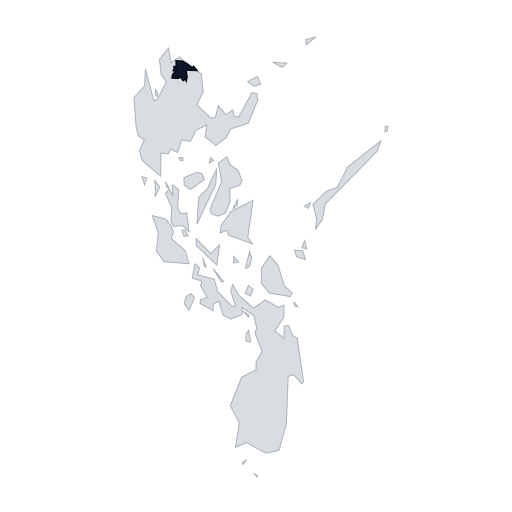 Philippines, with South Cotabato highlighted, rotated 182°
{"feature_id": "PHL-2599", "entity_name": "South Cotabato", "entity_type": "Province", "adm_level": 1, "iso_a3": "PHL", "parent_name": "Philippines", "parent_adm1": "", "projection": "natural_earth1", "projection_center": [124.747, 6.32], "detail": "fine", "context": "in_parent", "style": "filled", "palette": "ink", "viewbox_px": 512, "rotation_deg": 182, "n_neighbors": 0, "source": "natural_earth", "source_scale": "10m", "svg_char_len": 4610}
<svg xmlns="http://www.w3.org/2000/svg" viewBox="0 0 512 512"><g transform="rotate(182 256 256)"><path d="M239.4,59.3L258.8,69.2L269.8,64.1L266.8,88.7L276.4,105.3L266.2,134.4L252.0,142.1L252.2,150.3L246.5,160.9L254.4,179.0L252.7,183.9L256.3,196.6L268.0,203.9L267.7,197.2L279.0,192.0L287.0,196.0L291.4,209.5L296.6,206.8L297.2,199.9L310.3,206.8L310.0,210.4L303.2,212.7L310.3,224.3L309.4,229.2L318.9,231.5L316.7,246.0L311.9,242.2L313.7,235.2L296.9,231.3L293.0,219.0L278.1,204.6L274.7,205.3L280.0,220.4L278.2,226.7L272.3,216.6L256.5,203.7L245.1,212.6L231.8,205.3L226.4,207.8L226.0,196.0L234.6,181.9L225.2,174.6L225.3,186.9L221.3,187.8L216.4,177.3L212.0,175.5L204.1,132.2L205.7,130.0L214.2,138.6L219.7,136.7L219.8,89.5L226.2,62.6L239.4,59.3ZM354.0,332.6L373.1,347.4L376.1,357.4L371.7,368.4L377.7,371.8L380.2,380.5L383.5,409.9L373.2,422.1L373.1,438.8L363.4,407.3L359.8,409.4L351.6,427.1L357.1,434.0L359.3,449.0L350.7,460.7L347.7,446.2L339.6,452.2L317.0,435.9L314.6,417.7L320.5,405.3L306.1,392.3L301.5,392.7L298.8,405.0L291.0,396.0L284.3,401.2L282.9,395.3L278.3,394.0L265.7,419.1L260.9,418.5L259.9,411.4L268.4,388.4L286.1,381.9L289.8,373.4L300.0,365.1L311.0,373.4L309.7,385.2L320.2,379.7L325.7,368.3L334.4,369.4L338.0,356.8L345.2,360.0L347.1,355.1L354.7,355.5L354.0,332.6ZM297.0,347.5L288.4,354.1L285.0,346.1L276.9,341.1L272.6,330.6L274.6,326.3L284.7,322.4L283.7,309.6L288.1,297.8L295.4,294.5L302.1,296.7L303.6,301.1L292.8,329.3L297.0,347.5ZM347.8,247.2L355.6,257.6L354.5,276.0L361.0,292.8L347.7,289.8L342.4,283.8L339.3,277.1L341.4,270.7L326.8,258.8L322.9,245.9L347.8,247.2ZM260.0,268.0L284.3,275.9L285.8,280.7L292.8,277.8L291.8,285.5L282.5,299.7L260.9,311.4L264.9,274.5L260.0,268.0ZM167.6,348.0L135.2,375.4L138.7,364.8L188.6,310.4L190.9,295.1L197.5,284.6L196.7,295.7L200.9,309.7L187.7,323.2L176.9,327.7L167.6,348.0ZM220.2,216.7L241.3,219.3L249.7,228.6L250.1,243.8L242.1,256.7L233.8,247.7L226.7,227.4L218.5,219.9L220.2,216.7ZM330.2,283.7L339.6,282.8L342.2,287.8L341.8,300.9L348.6,315.6L345.3,319.3L341.2,313.8L342.2,324.1L335.7,319.9L335.9,301.0L332.6,295.5L326.8,296.7L323.8,277.8L330.2,283.7ZM298.3,342.1L298.8,326.1L316.1,285.9L315.2,312.8L307.1,321.2L298.3,342.1ZM330.7,331.7L318.3,337.5L313.3,336.7L310.2,330.7L323.9,320.2L330.3,324.3L330.7,331.7ZM294.9,245.5L316.1,264.5L316.3,271.1L301.2,256.8L292.8,265.8L294.9,245.5ZM324.4,213.1L319.7,216.2L316.1,212.2L321.0,199.4L326.1,205.8L324.4,213.1ZM270.5,429.8L260.8,435.5L257.4,427.9L263.4,425.5L270.5,429.8ZM206.4,254.2L215.4,256.7L217.7,263.1L209.7,263.2L206.4,254.2ZM260.1,216.0L265.4,218.4L262.5,226.3L257.8,222.5L260.1,216.0ZM236.3,445.4L246.2,450.2L232.0,449.8L236.3,445.4ZM359.8,327.8L354.6,321.5L359.1,311.6L358.6,317.6L359.8,327.8ZM266.1,243.4L262.6,260.2L260.2,253.3L262.3,245.0L266.1,243.4ZM213.1,468.9L213.8,473.9L203.9,477.0L213.1,468.9ZM263.4,170.8L263.0,178.4L260.7,181.5L258.3,169.8L263.4,170.8ZM280.7,302.3L276.3,312.0L276.3,306.4L280.7,302.3ZM210.3,266.0L207.9,273.0L205.7,264.9L210.3,266.0ZM331.1,279.1L327.8,279.3L324.6,273.8L328.6,273.1L331.1,279.1ZM278.2,248.3L278.2,254.7L273.4,249.4L278.2,248.3ZM372.6,331.3L367.8,330.1L369.9,323.3L372.6,331.3ZM289.9,229.1L298.4,241.9L287.6,229.3L289.9,229.1ZM209.4,307.6L203.7,311.1L205.3,305.4L209.4,307.6ZM305.9,347.3L304.8,352.7L301.6,350.0L305.9,347.3ZM307.4,244.6L309.2,252.2L305.1,242.7L307.4,244.6ZM131.4,390.3L128.5,390.0L129.2,385.2L131.4,384.6L131.4,390.3ZM336.4,351.5L332.7,351.9L332.3,349.0L334.5,348.4L336.4,351.5ZM362.3,418.7L359.6,415.3L360.5,411.8L362.3,413.5L362.3,418.7ZM215.2,207.3L216.8,211.6L212.4,206.7L215.2,207.3ZM347.6,321.6L349.1,327.2L345.0,320.3L347.6,321.6ZM262.6,48.7L258.4,52.2L261.5,47.1L262.6,48.7ZM267.0,200.3L261.3,197.0L261.3,194.7L267.0,200.3ZM247.1,35.0L250.7,39.0L246.7,36.4L247.1,35.0Z" fill="#d9dde1" stroke="#a8b0b8" stroke-width="1"/><path d="M331.8,428.6L332.5,429.7L332.8,430.1L333.2,430.1L334.6,428.9L334.9,428.7L335.6,429.4L337.0,431.8L337.7,432.0L339.6,431.0L341.8,430.8L346.2,431.0L346.0,431.7L345.9,433.3L345.7,434.0L345.5,434.3L345.3,434.5L345.2,434.7L345.3,434.9L344.8,435.4L344.1,436.3L343.5,437.8L345.2,438.4L344.2,440.6L344.7,442.4L342.5,442.3L342.5,446.4L342.8,448.2L341.5,448.3L337.0,448.2L335.9,448.0L333.7,446.6L331.7,445.7L327.9,442.9L325.5,441.8L325.4,442.0L325.4,442.3L325.1,443.3L323.2,441.5L322.4,440.5L321.6,439.3L331.9,439.4L332.0,439.3L332.2,438.1L332.1,437.6L332.0,437.0L331.7,436.5L331.7,436.0L331.9,435.1L331.9,434.7L331.5,434.2L331.4,434.0L331.4,433.8L331.4,433.6L331.4,433.4L331.3,433.1L331.2,432.9L331.1,432.6L331.1,432.2L331.6,430.4L331.8,429.5L331.8,428.6L331.8,428.6Z" fill="#0f172a" stroke="#020617" stroke-width="1.5"/></g></svg>